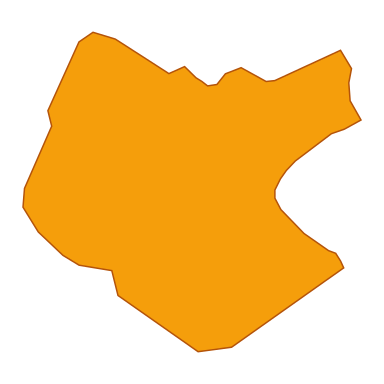 outline of Cerknica
{"feature_id": "SVN-943", "entity_name": "Cerknica", "entity_type": "Municipality", "adm_level": 1, "iso_a3": "SVN", "parent_name": "Slovenia", "parent_adm1": "", "projection": "natural_earth1", "projection_center": [14.404, 45.799], "detail": "fine", "context": "isolated", "style": "filled", "palette": "amber", "viewbox_px": 384, "rotation_deg": 0, "n_neighbors": 0, "source": "natural_earth", "source_scale": "10m", "svg_char_len": 634}
<svg xmlns="http://www.w3.org/2000/svg" viewBox="0 0 384 384"><path d="M266.1,81.5L274.8,80.6L340.5,50.3L351.5,68.6L348.8,82.8L350.1,100.8L361.0,120.0L344.5,129.1L331.4,133.7L295.3,161.0L286.4,170.4L280.4,178.9L274.9,190.0L274.9,198.2L280.9,209.6L304.0,233.5L328.5,250.6L335.7,253.3L340.6,261.1L343.7,267.9L324.4,281.5L231.6,347.2L198.1,351.7L118.0,295.5L111.8,270.6L79.1,265.2L63.0,255.4L38.3,232.0L23.0,207.2L24.5,188.4L51.7,126.2L47.9,110.7L79.0,41.9L93.0,32.3L115.3,39.1L168.9,73.6L184.6,66.6L196.0,77.8L201.8,81.4L207.6,85.9L216.9,84.5L225.4,73.8L241.1,67.7L266.1,81.5Z" fill="#f59e0b" stroke="#b45309" stroke-width="1.5"/></svg>